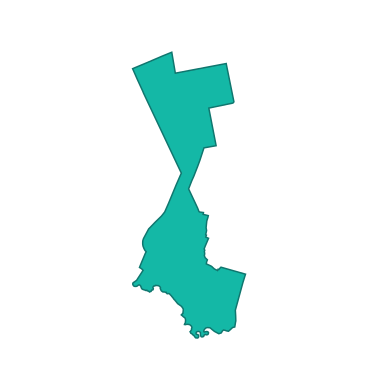 the district of Smardioasa, Teleorman, Romania, rotated 145°
{"feature_id": "2599482B66072076096331", "entity_name": "Smardioasa", "entity_type": "district", "adm_level": 2, "iso_a3": "ROU", "parent_name": "Romania", "parent_adm1": "Teleorman", "projection": "albers", "projection_center": [25.437, 43.807], "detail": "fine", "context": "isolated", "style": "filled", "palette": "teal", "viewbox_px": 384, "rotation_deg": 145, "n_neighbors": 0, "source": "geoboundaries", "source_scale": "gbopen_adm2", "svg_char_len": 5381}
<svg xmlns="http://www.w3.org/2000/svg" viewBox="0 0 384 384"><g transform="rotate(145 192 192)"><path d="M174.7,301.9L174.9,301.4L188.5,221.9L189.9,213.6L200.9,206.9L217.7,196.2L225.8,191.3L230.8,189.8L239.4,188.4L248.7,186.6L258.4,181.7L260.0,180.5L260.8,179.7L260.9,179.3L261.3,179.0L261.8,178.3L262.5,177.2L262.9,176.3L263.2,175.6L263.4,175.0L263.4,174.6L263.7,173.6L263.8,172.9L264.0,171.8L264.0,171.1L264.0,170.6L263.9,170.0L263.8,169.4L265.8,168.3L270.5,165.3L276.2,161.7L278.3,160.3L277.6,158.7L277.4,158.2L277.3,157.8L277.0,155.9L281.7,154.0L285.9,152.3L287.8,151.5L288.5,151.4L289.0,151.4L290.1,151.4L290.9,151.3L291.7,151.5L292.1,151.4L292.6,151.3L292.9,151.1L293.2,150.7L293.5,150.3L293.6,149.8L293.7,149.0L293.6,148.4L293.4,147.9L293.0,147.5L292.5,147.1L291.9,146.7L291.4,146.5L290.9,146.4L290.3,146.4L289.5,146.5L289.0,146.4L288.6,146.2L288.2,145.8L288.1,145.3L288.0,144.7L288.0,144.2L288.3,143.3L288.5,142.4L288.6,142.0L288.6,141.5L288.5,141.2L288.4,140.8L288.0,140.2L287.2,139.1L286.7,138.5L286.2,137.6L285.7,137.6L285.3,137.4L285.3,137.2L285.2,136.7L285.1,136.4L284.9,136.1L284.7,135.9L284.5,135.6L284.4,135.2L284.2,134.7L284.1,134.4L283.9,134.4L283.6,134.5L283.4,134.5L282.9,134.1L282.7,134.1L282.4,134.2L282.2,134.2L282.0,134.4L281.9,134.5L281.5,134.6L281.4,134.7L281.2,134.5L280.8,134.5L280.6,134.5L280.4,134.4L280.2,134.3L279.9,134.3L279.7,134.5L279.4,134.8L279.2,134.9L279.1,135.0L279.0,135.4L279.0,135.5L279.0,135.8L279.0,136.0L278.9,136.2L278.8,136.3L278.6,136.4L278.4,136.5L277.9,136.7L277.6,136.8L277.2,136.9L276.9,136.8L276.7,136.7L276.5,136.4L276.4,136.3L276.2,136.4L276.0,136.5L275.8,136.5L275.6,136.5L275.4,136.4L275.0,136.1L274.7,135.9L274.5,135.5L274.0,135.2L273.5,134.8L273.2,134.6L273.1,134.4L272.9,133.8L272.9,133.6L272.6,133.1L272.6,132.9L272.6,132.7L272.7,132.2L272.7,131.9L272.7,131.7L273.2,131.3L273.4,131.1L273.5,130.9L273.5,130.2L273.6,129.9L273.8,129.1L273.8,128.7L273.7,128.4L273.6,127.9L273.2,127.0L273.1,126.7L272.9,126.6L272.3,126.2L271.9,125.9L271.6,125.6L271.5,125.4L271.4,125.0L271.3,124.9L271.1,124.8L270.8,124.7L270.7,124.7L270.6,124.4L270.7,124.2L270.8,123.9L270.8,123.5L270.7,123.1L270.7,122.9L270.2,122.6L269.9,122.4L269.5,122.3L269.3,122.1L269.0,121.8L268.8,121.6L268.8,120.8L268.7,120.1L268.5,119.1L268.5,118.5L268.4,117.3L268.3,116.4L268.3,115.9L268.3,115.1L268.3,114.1L268.0,113.2L268.1,112.7L268.0,112.2L267.9,110.9L267.8,109.1L267.6,108.2L267.4,107.8L267.0,106.6L266.7,105.9L266.5,105.2L266.2,104.3L266.2,103.7L266.2,102.7L266.2,101.9L266.2,101.5L266.3,101.2L266.7,100.6L267.3,99.8L268.1,98.9L268.4,98.6L268.7,98.1L268.8,98.0L269.0,97.8L269.3,97.9L269.8,97.6L270.6,97.7L271.1,97.6L271.3,97.5L271.1,96.6L270.8,96.1L270.8,95.4L270.7,95.0L270.6,94.7L270.5,94.3L270.3,93.9L270.2,93.6L270.1,93.2L270.0,92.9L270.1,92.5L270.1,92.1L270.3,91.7L270.6,91.1L270.7,90.9L270.8,90.7L271.0,90.4L271.3,90.1L271.7,89.6L272.0,89.3L272.2,89.0L272.3,88.8L272.5,88.7L273.0,88.5L273.6,88.2L273.8,88.1L274.0,88.0L274.2,87.8L273.6,87.2L273.4,87.1L272.9,86.9L272.6,86.8L272.2,86.6L271.7,86.3L271.0,85.7L270.6,85.3L270.2,84.9L270.0,84.6L269.8,84.2L269.7,83.7L269.5,83.0L269.5,82.2L269.6,81.6L269.8,81.0L270.9,80.2L271.0,79.9L271.4,79.5L271.8,79.3L273.0,78.8L273.2,78.7L273.7,78.7L273.8,78.3L273.8,78.0L273.9,77.4L274.0,77.1L273.9,76.8L273.6,76.3L273.4,75.7L273.3,75.4L273.3,75.0L273.3,74.7L273.0,73.9L272.8,73.5L272.8,72.8L272.8,71.5L272.7,70.8L272.7,70.5L272.4,70.2L271.5,69.4L271.1,69.2L270.9,69.1L270.7,69.1L270.0,69.4L269.6,69.5L269.3,69.9L269.2,70.1L269.2,70.4L269.0,70.8L268.9,71.1L268.9,71.4L268.9,71.8L269.6,72.5L270.0,72.9L270.0,73.1L270.0,73.3L270.0,73.5L269.9,73.7L269.6,74.0L269.3,74.3L269.0,74.6L268.6,74.7L268.3,74.7L267.9,74.6L267.4,74.4L267.0,74.3L266.6,74.0L266.4,73.8L266.0,73.1L265.8,72.6L265.7,72.2L265.8,71.9L266.0,71.6L266.7,70.7L267.1,70.1L267.3,69.6L267.4,68.9L267.5,68.4L267.4,68.1L267.2,67.8L267.0,67.6L266.6,67.4L266.3,67.2L266.0,67.1L265.7,67.1L265.1,67.2L264.9,67.3L264.7,67.3L264.6,67.5L264.2,67.7L263.8,67.9L263.3,67.8L262.9,67.7L262.6,67.4L262.4,67.0L262.2,66.8L261.7,66.5L261.3,66.3L260.9,66.2L260.6,66.2L260.3,66.3L259.9,66.6L259.6,66.8L259.3,67.1L259.1,67.4L259.1,67.7L259.1,68.0L259.2,68.3L259.4,68.7L259.8,69.2L260.7,69.7L261.5,70.0L261.9,70.2L262.1,70.2L262.2,70.4L262.4,70.6L262.4,70.8L262.3,71.1L262.0,71.5L261.5,71.8L260.9,72.2L260.2,72.4L259.8,72.5L259.2,72.6L258.7,72.6L258.4,72.6L257.1,72.1L255.1,70.4L254.6,68.5L253.6,65.0L251.3,60.5L248.8,59.8L246.9,60.7L245.4,60.9L244.4,59.9L243.5,58.6L242.0,57.0L240.0,57.2L239.2,57.3L236.5,57.7L235.4,57.3L234.4,56.9L230.7,60.7L230.1,61.2L227.2,65.6L224.3,70.3L202.4,88.5L195.3,94.0L211.4,113.8L213.2,113.5L214.4,113.1L214.9,113.8L216.1,113.0L217.8,116.1L218.4,118.8L218.4,119.1L218.9,120.5L221.5,124.9L220.1,126.4L218.3,127.6L218.9,130.7L218.4,132.8L217.6,133.5L216.7,134.6L216.1,136.1L214.9,137.0L214.7,138.4L212.5,139.9L205.0,144.6L206.6,147.2L204.9,148.4L205.3,149.2L202.2,152.0L200.9,154.7L196.5,159.8L193.6,162.0L192.2,163.3L195.7,167.3L194.4,168.6L197.2,171.2L197.5,172.0L196.6,175.7L193.0,196.5L185.8,201.3L181.6,203.8L172.6,209.8L167.4,213.4L156.9,221.3L145.7,216.1L145.5,216.5L130.1,251.1L107.5,241.4L106.4,241.6L105.9,241.9L90.6,277.0L90.3,277.6L136.6,298.5L137.5,298.9L128.4,318.1L132.8,319.1L138.5,320.4L144.3,321.6L155.7,324.0L161.7,325.3L169.9,327.1L172.2,315.6L174.6,302.4L174.7,301.9Z" fill="#14b8a6" stroke="#0f766e" stroke-width="1.5"/></g></svg>